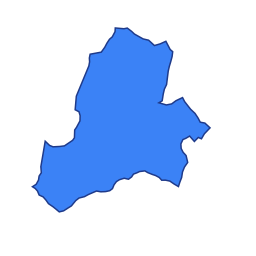 São Patrício, Goiás, Brazil, rotated 193°
{"feature_id": "56859067B14313770509558", "entity_name": "São Patrício", "entity_type": "district", "adm_level": 2, "iso_a3": "BRA", "parent_name": "Brazil", "parent_adm1": "Goiás", "projection": "robinson", "projection_center": [-49.834, -15.366], "detail": "fine", "context": "isolated", "style": "filled", "palette": "blue", "viewbox_px": 256, "rotation_deg": 193, "n_neighbors": 0, "source": "geoboundaries", "source_scale": "gbopen_adm2", "svg_char_len": 1542}
<svg xmlns="http://www.w3.org/2000/svg" viewBox="0 0 256 256"><g transform="rotate(193 128 128)"><path d="M207.9,49.3L204.8,48.2L202.1,46.3L199.5,42.7L195.2,41.8L191.6,39.2L188.5,36.4L183.1,34.3L176.1,30.8L172.1,32.8L168.8,36.2L165.6,39.4L162.6,45.5L159.9,48.8L155.0,51.3L151.6,54.3L148.2,56.8L144.5,59.5L140.2,59.7L135.5,61.0L131.7,62.8L129.5,65.4L128.8,69.6L127.2,73.2L124.7,75.7L120.4,78.2L116.0,78.2L113.5,81.1L112.3,84.3L109.3,86.3L106.9,88.2L101.9,90.0L98.8,89.0L93.7,88.2L90.5,87.9L86.4,86.8L83.4,84.7L79.8,85.6L75.3,85.7L70.5,83.8L65.7,82.3L65.3,87.0L64.6,91.8L65.0,97.4L64.2,102.6L62.1,107.9L65.2,114.2L68.8,116.7L71.6,120.0L72.9,124.4L71.9,129.1L69.4,130.9L66.1,134.0L62.8,131.6L60.3,129.8L57.4,134.6L54.0,134.0L52.3,139.5L48.1,146.6L54.2,150.1L58.9,149.9L62.1,153.6L66.0,157.3L71.3,160.4L78.7,166.4L81.7,169.9L87.3,165.5L90.9,161.3L95.8,159.1L99.4,159.3L103.6,159.5L100.8,162.2L101.3,169.0L101.3,174.0L100.2,179.0L101.6,192.5L101.6,197.5L101.3,202.0L101.1,207.4L101.6,212.4L104.6,214.0L110.6,221.0L115.6,217.2L120.8,214.3L127.7,218.2L133.3,218.2L139.8,220.1L142.9,221.0L146.3,223.0L151.2,225.2L154.3,223.8L162.9,222.6L162.3,219.0L163.8,213.3L166.0,210.3L167.6,205.9L168.8,201.4L171.1,195.9L181.5,191.4L181.4,187.5L180.3,183.8L180.1,179.7L185.5,147.4L183.6,133.9L179.4,132.8L177.4,129.2L176.4,124.1L178.3,117.1L179.5,114.1L178.0,106.4L179.2,103.5L185.9,96.3L190.2,94.7L196.8,92.8L200.5,93.4L205.7,96.5L204.2,70.7L202.4,64.9L203.8,61.2L203.5,57.1L204.8,52.5L207.9,49.3Z" fill="#3b82f6" stroke="#1e3a8a" stroke-width="1.5"/></g></svg>